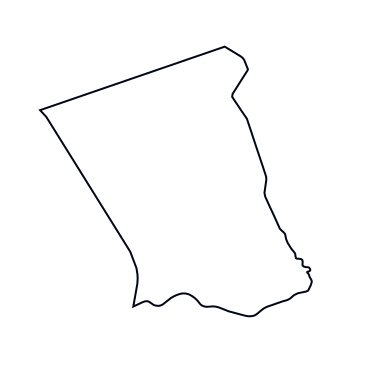 Najran, Natural Earth projection, rotated 245°
{"feature_id": "SAU-1096", "entity_name": "Najran", "entity_type": "Region", "adm_level": 1, "iso_a3": "SAU", "parent_name": "Saudi Arabia", "parent_adm1": "", "projection": "natural_earth1", "projection_center": [44.686, 18.237], "detail": "fine", "context": "isolated", "style": "outline", "palette": "ink", "viewbox_px": 384, "rotation_deg": 245, "n_neighbors": 0, "source": "natural_earth", "source_scale": "10m", "svg_char_len": 1542}
<svg xmlns="http://www.w3.org/2000/svg" viewBox="0 0 384 384"><g transform="rotate(245 192 192)"><path d="M309.9,283.1L302.1,288.3L293.8,293.8L291.8,294.7L289.6,295.1L280.7,294.6L279.8,294.6L278.9,294.0L273.2,285.0L268.1,277.1L263.7,270.2L261.2,268.6L246.2,270.9L235.1,272.7L218.6,270.8L205.9,269.3L189.1,267.4L174.7,265.7L171.6,264.5L160.6,257.3L156.8,256.4L145.5,256.3L143.8,256.3L135.4,256.3L121.7,256.1L120.3,256.5L116.0,258.3L114.1,258.5L109.5,257.4L105.4,257.2L98.8,258.0L93.6,259.3L92.4,259.4L89.5,258.5L88.1,258.3L87.1,259.1L86.1,261.1L85.1,262.5L83.8,263.2L82.1,262.9L79.5,261.4L78.3,261.2L76.9,262.1L75.8,263.5L75.0,265.0L73.9,266.2L72.3,266.5L71.5,266.3L71.1,266.1L70.9,265.7L70.6,265.0L70.8,263.5L70.8,262.6L70.4,262.4L68.8,262.9L67.6,263.0L65.0,262.7L62.4,263.0L61.2,263.0L59.8,262.5L57.1,260.0L53.6,255.6L53.6,253.1L55.5,245.1L55.4,240.9L54.0,236.0L53.8,234.1L53.9,231.9L54.5,228.7L56.3,211.1L56.1,207.7L55.4,204.5L54.4,200.9L53.7,197.4L53.8,195.5L54.4,193.2L55.7,190.3L57.5,187.8L68.4,174.8L76.0,167.6L78.1,165.0L78.9,163.7L79.7,162.1L81.3,157.8L82.3,155.8L83.7,154.1L85.3,152.8L86.9,152.1L91.5,151.0L94.5,149.8L97.6,148.1L100.6,145.9L101.8,144.5L102.9,143.0L103.7,141.4L104.4,139.4L104.8,137.3L105.1,134.3L105.1,131.5L104.8,128.0L102.4,117.8L102.4,115.9L102.8,113.8L104.5,110.9L106.1,109.4L110.5,106.8L111.6,105.8L112.2,104.8L112.8,103.0L113.0,100.4L113.0,90.4L131.8,103.6L136.6,106.2L140.2,107.7L146.5,109.5L163.9,110.8L321.6,91.7L330.4,88.9L309.9,283.1L309.9,283.1Z" fill="none" stroke="#020617" stroke-width="2"/></g></svg>